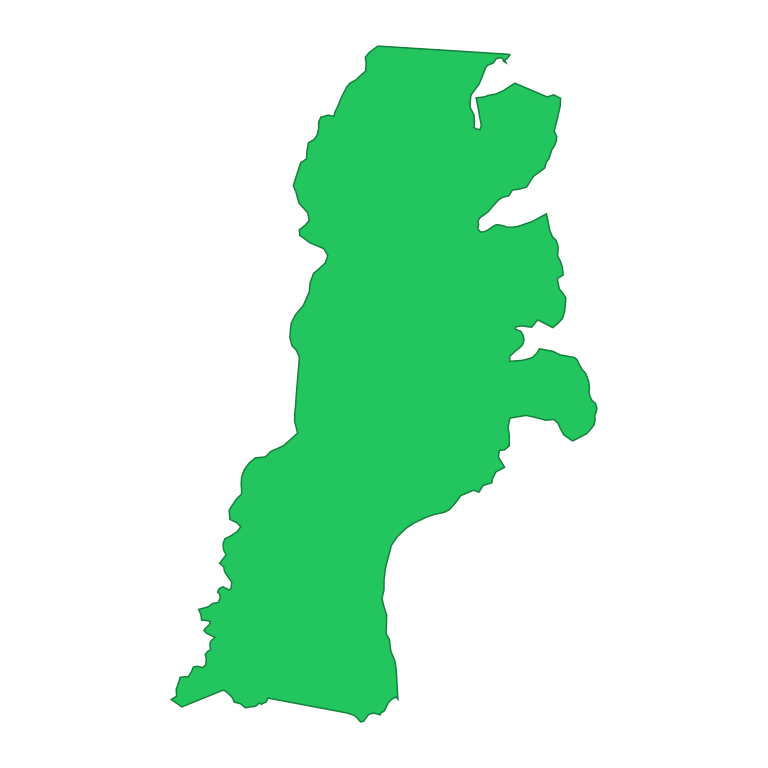 outline of Larut dan Matang, Perak, Malaysia, rotated 180°
{"feature_id": "92858781B7339413338476", "entity_name": "Larut dan Matang", "entity_type": "district", "adm_level": 2, "iso_a3": "MYS", "parent_name": "Malaysia", "parent_adm1": "Perak", "projection": "albers", "projection_center": [100.721, 4.813], "detail": "fine", "context": "isolated", "style": "filled", "palette": "green", "viewbox_px": 768, "rotation_deg": 180, "n_neighbors": 0, "source": "geoboundaries", "source_scale": "gbopen_adm2", "svg_char_len": 4258}
<svg xmlns="http://www.w3.org/2000/svg" viewBox="0 0 768 768"><g transform="rotate(180 384 384)"><path d="M390.2,721.9L389.9,721.9L390.4,721.8L398.8,715.5L402.7,710.7L401.8,705.1L402.3,696.9L407.4,692.6L411.8,688.3L418.2,684.8L421.2,681.0L424.3,675.3L427.3,668.9L429.9,662.4L432.9,656.4L434.2,651.6L439.8,652.9L447.1,650.8L449.3,646.0L449.3,640.0L450.6,633.5L454.0,628.3L459.6,625.3L461.3,615.4L461.3,609.4L467.4,605.1L469.5,598.6L473.0,587.8L474.7,582.2L472.1,576.2L469.1,565.0L460.5,555.5L458.7,547.7L462.6,543.0L468.7,538.2L468.2,532.6L463.9,529.6L458.3,525.3L453.1,523.1L444.1,519.3L440.2,512.4L442.8,505.0L449.3,499.0L454.4,494.7L457.9,485.2L458.7,476.1L461.3,470.1L464.8,462.3L472.5,453.3L476.8,444.7L477.7,437.3L478.1,430.4L476.0,422.3L471.7,417.9L468.6,411.0L471.7,373.5L472.5,361.5L473.4,352.9L473.4,346.8L470.4,334.8L484.6,322.2L497.1,316.6L502.7,311.0L512.6,310.2L519.1,304.6L523.8,298.1L526.4,290.8L526.8,283.0L526.4,277.8L526.4,274.0L531.6,268.8L536.3,261.9L538.9,257.6L538.0,248.5L531.5,245.5L527.2,241.2L530.7,236.5L537.1,232.2L543.2,229.1L544.9,224.4L544.5,218.4L541.9,213.2L548.8,204.2L547.9,204.7L544.3,201.1L543.5,196.7L541.8,193.6L539.9,191.1L536.3,185.9L536.9,179.6L539.1,177.9L541.8,179.6L544.9,181.2L547.1,180.4L549.3,178.7L550.4,175.7L548.2,173.8L547.9,169.6L549.8,165.5L555.1,164.7L559.2,161.6L560.9,160.8L569.4,158.6L568.9,157.2L567.2,153.9L566.4,147.8L562.0,147.6L557.6,146.5L558.7,143.2L562.2,140.1L564.2,137.6L561.7,134.9L561.1,134.6L553.1,130.7L557.5,126.6L558.1,123.0L557.3,118.3L560.6,116.4L562.8,113.4L561.7,109.5L562.2,103.2L565.3,100.4L570.5,101.8L574.6,101.0L576.3,96.8L579.6,91.3L583.5,91.3L587.9,90.7L589.7,84.3L591.8,78.7L591.4,71.8L596.8,68.5L586.2,61.1L545.3,77.7L543.0,77.3L538.3,73.2L535.5,70.1L533.8,65.9L527.5,64.3L522.7,60.2L518.3,61.1L513.9,61.4L511.6,62.3L508.8,65.0L506.8,63.7L501.9,66.0L500.0,69.9L421.4,55.1L413.7,52.6L410.1,49.3L407.5,46.1L404.3,46.8L401.5,50.7L399.2,53.7L395.7,54.7L393.0,54.7L387.9,53.1L386.8,55.3L383.8,57.0L381.9,60.6L379.8,65.1L376.6,68.5L372.0,71.1L370.1,68.8L371.8,98.7L373.2,107.4L377.2,116.9L378.6,128.3L381.9,134.4L381.3,152.6L384.0,161.3L386.0,169.4L384.0,178.1L384.0,187.6L382.6,199.7L376.6,222.6L371.2,230.7L362.4,239.4L354.3,244.8L341.5,250.9L333.5,253.6L324.0,255.6L318.6,258.3L312.6,265.0L307.2,272.4L294.4,277.8L289.0,275.8L285.0,282.5L276.2,285.2L275.5,289.3L272.2,296.0L263.4,300.7L269.5,310.8L268.8,317.5L263.4,318.2L258.7,322.2L258.7,333.0L260.0,341.1L258.0,349.9L241.9,352.6L232.4,350.5L222.3,347.8L214.2,348.5L210.2,345.1L207.5,339.1L204.1,333.0L195.4,327.0L181.2,334.4L176.4,339.9L173.8,343.4L172.9,348.5L173.4,352.4L171.6,356.3L171.2,360.2L172.5,364.5L176.0,367.5L178.1,371.8L179.0,375.3L178.5,380.0L179.4,386.9L182.4,394.7L185.9,398.5L188.9,403.7L191.0,408.4L194.0,410.6L208.3,413.2L214.7,416.6L228.5,419.2L231.1,414.9L235.4,410.6L241.9,408.5L246.2,407.6L251.4,407.2L258.3,406.7L258.3,411.5L253.1,416.6L248.4,420.1L245.3,423.5L244.0,428.3L244.9,433.0L247.5,436.9L252.7,438.6L252.2,441.2L246.6,442.1L236.3,440.8L230.3,448.1L215.2,440.4L210.0,444.7L205.7,449.4L203.5,455.9L202.7,462.3L202.2,470.1L205.2,474.8L208.7,479.2L210.8,489.5L204.8,492.9L205.7,501.1L207.8,507.2L210.4,511.9L210.0,517.5L210.0,522.3L212.1,527.9L215.6,531.3L218.2,537.4L219.0,542.1L221.6,554.2L235.8,546.4L243.6,543.8L249.6,541.7L255.7,540.8L260.8,540.8L265.6,542.5L271.6,543.4L274.2,542.1L279.8,538.2L284.1,536.1L287.6,536.1L290.2,539.1L289.3,543.8L290.2,546.4L288.4,549.9L279.8,556.3L274.6,562.4L269.5,568.0L265.6,570.6L259.1,572.3L255.7,577.9L249.2,578.8L241.4,580.9L236.3,589.1L234.1,592.1L229.8,595.1L223.3,599.9L221.6,605.9L219.0,609.4L216.4,617.6L213.8,621.9L211.7,626.6L211.2,631.3L213.8,637.0L210.4,650.3L207.8,662.0L207.4,669.7L214.3,673.2L220.7,671.0L253.1,684.8L265.1,677.1L272.0,674.0L278.9,672.8L284.1,671.0L287.6,670.6L291.9,670.2L289.3,657.2L288.4,651.2L287.6,647.3L286.7,642.6L288.0,638.3L291.9,639.1L294.0,640.8L293.6,646.5L294.0,652.9L297.9,660.7L297.9,665.0L297.1,672.8L288.9,684.0L286.3,690.0L284.5,694.7L282.8,699.5L280.7,702.5L277.6,703.8L274.6,705.1L271.6,709.4L268.9,710.1L266.2,710.1L265.0,708.7L264.6,707.1L263.7,706.2L262.0,705.2L262.9,707.1L262.5,708.7L261.1,709.2L258.1,713.1L259.1,713.7L390.2,721.9Z" fill="#22c55e" stroke="#15803d" stroke-width="1.5"/></g></svg>